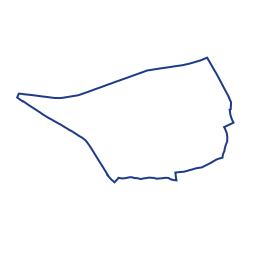 Serrekunda Central, Banjul, Gambia, rotated 262°
{"feature_id": "56634734B31410801409584", "entity_name": "Serrekunda Central", "entity_type": "district", "adm_level": 2, "iso_a3": "GMB", "parent_name": "Gambia", "parent_adm1": "Banjul", "projection": "natural_earth1", "projection_center": [-16.684, 13.431], "detail": "fine", "context": "isolated", "style": "outline", "palette": "blue", "viewbox_px": 256, "rotation_deg": 262, "n_neighbors": 0, "source": "geoboundaries", "source_scale": "gbopen_adm2", "svg_char_len": 2896}
<svg xmlns="http://www.w3.org/2000/svg" viewBox="0 0 256 256"><g transform="rotate(262 128 128)"><path d="M173.6,22.5L169.0,27.4L169.2,27.7L169.1,27.9L164.2,33.2L162.0,35.8L159.3,38.9L156.4,42.2L155.9,42.9L155.2,43.5L154.8,44.0L154.5,44.3L153.5,45.4L151.4,47.8L151.2,48.0L148.1,52.0L147.4,53.1L146.8,53.8L146.6,54.0L141.7,60.4L141.6,60.7L140.6,62.0L139.5,63.3L139.4,63.4L139.2,63.6L133.1,71.1L133.1,71.4L129.8,75.2L126.7,78.7L126.7,78.8L126.3,79.2L126.2,79.4L125.7,80.0L125.2,80.8L124.0,82.0L122.4,83.5L122.2,83.8L121.9,84.1L118.8,85.9L118.2,86.2L117.8,86.4L117.3,86.7L111.4,89.5L110.8,89.7L109.4,90.4L108.2,90.9L106.8,91.5L106.5,91.6L105.4,92.1L102.9,93.2L102.0,93.6L99.8,94.6L99.7,94.6L97.3,95.7L95.1,96.7L93.3,97.5L91.2,98.4L89.8,99.0L89.0,99.4L87.5,100.0L85.1,101.1L84.2,101.5L84.1,101.1L79.3,104.3L76.1,107.1L79.1,110.8L80.0,111.5L78.8,115.3L78.8,116.3L78.7,117.9L78.9,121.6L79.0,123.0L78.5,125.6L78.0,126.4L77.6,127.1L77.1,130.0L76.0,132.7L75.7,133.8L75.9,136.5L75.9,138.7L75.9,139.3L75.9,140.3L75.9,142.4L75.7,143.1L75.5,143.9L75.1,145.9L75.0,146.6L73.8,149.3L73.5,154.3L73.5,156.9L73.5,158.1L73.1,160.2L73.1,160.3L72.9,161.1L72.3,161.8L71.7,162.6L71.6,162.8L70.9,163.8L70.2,165.9L70.1,166.2L70.0,166.3L69.9,166.6L69.4,168.7L70.7,168.6L73.1,168.6L73.3,168.6L75.9,168.7L77.2,168.7L77.3,168.7L77.2,172.4L77.1,174.7L77.0,176.8L76.9,177.2L77.2,179.6L77.4,181.0L78.0,185.7L78.3,187.5L78.6,189.8L78.7,192.7L78.7,194.0L78.7,194.4L78.7,195.5L79.4,197.7L80.1,199.8L81.5,203.8L81.8,204.7L81.8,204.9L81.9,205.0L82.1,205.5L84.4,211.0L85.0,213.7L85.0,213.9L85.1,214.5L85.4,217.4L87.2,217.9L87.4,218.0L87.6,218.0L88.6,218.3L91.9,220.3L94.0,220.9L95.1,221.3L95.5,221.5L98.2,222.8L101.1,224.4L101.3,224.4L101.5,224.5L102.6,224.6L105.4,225.1L105.5,225.1L108.5,225.1L108.9,225.1L109.3,225.1L111.9,224.4L114.1,223.9L115.5,223.3L116.9,227.9L118.1,231.7L118.5,232.9L118.6,233.2L118.8,233.1L121.0,232.4L122.4,232.0L124.0,231.7L125.6,231.4L125.8,231.4L126.5,231.3L126.8,231.3L127.1,231.2L128.2,231.2L129.6,231.3L132.0,231.2L132.2,232.3L134.9,232.8L137.2,233.3L139.0,233.5L140.0,233.5L140.5,233.2L141.9,232.8L144.0,232.2L144.4,232.1L145.1,231.9L145.1,232.0L151.9,229.5L156.9,227.7L160.3,226.5L164.1,225.1L167.9,223.7L168.0,223.7L170.5,222.7L172.1,222.0L186.6,216.2L184.7,208.5L184.7,208.1L183.2,198.1L183.2,197.6L183.0,195.9L182.6,190.5L182.6,186.5L182.6,182.0L182.5,176.5L182.5,173.4L182.5,170.0L182.5,169.8L182.4,162.3L182.3,156.5L182.3,155.4L182.3,155.0L180.9,148.6L180.2,145.1L178.9,138.8L178.2,135.6L176.4,126.9L175.4,121.8L174.6,118.1L174.4,117.8L174.4,117.3L174.1,115.7L172.4,107.9L170.8,100.0L170.4,98.4L168.8,90.7L168.5,89.1L168.0,86.5L167.4,83.6L167.3,81.2L167.3,80.6L167.0,68.1L167.0,67.0L167.0,66.9L167.2,64.2L167.8,60.4L168.0,59.2L168.4,57.8L170.5,50.2L170.9,48.5L173.7,38.5L174.5,35.4L176.0,29.3L176.2,28.8L176.7,27.0L177.2,24.6L173.6,22.5Z" fill="none" stroke="#1e3a8a" stroke-width="2"/></g></svg>